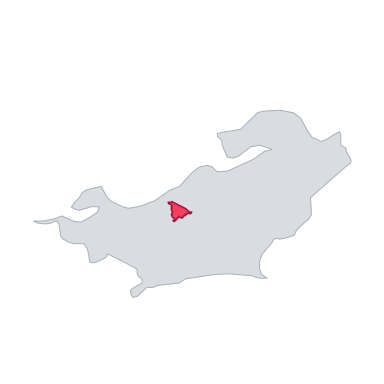 Dota, San José, Costa Rica shown in context, rotated 117°
{"feature_id": "36466004B86060640293430", "entity_name": "Dota", "entity_type": "district", "adm_level": 2, "iso_a3": "CRI", "parent_name": "Costa Rica", "parent_adm1": "San José", "projection": "robinson", "projection_center": [-83.888, 9.584], "detail": "fine", "context": "in_parent", "style": "filled", "palette": "rose", "viewbox_px": 384, "rotation_deg": 117, "n_neighbors": 0, "source": "geoboundaries", "source_scale": "gbopen_adm2", "svg_char_len": 4713}
<svg xmlns="http://www.w3.org/2000/svg" viewBox="0 0 384 384"><g transform="rotate(117 192 192)"><path d="M312.7,196.4L312.3,197.9L311.1,199.5L309.3,201.1L306.9,202.2L301.2,198.9L295.6,195.1L292.5,196.9L291.3,201.7L289.2,204.2L286.6,205.2L285.6,206.9L285.3,223.3L285.5,238.8L289.8,239.2L296.9,244.6L299.9,247.7L300.9,250.7L300.0,252.1L294.8,255.5L289.8,259.8L287.2,265.1L291.7,273.7L292.6,279.6L292.5,285.7L291.3,288.7L281.4,295.7L279.3,298.2L279.6,300.0L285.0,304.8L287.6,309.5L289.7,315.2L290.0,320.1L285.1,311.0L278.3,302.3L272.3,296.9L271.9,284.4L269.5,277.6L260.6,271.3L252.9,267.0L247.3,267.8L250.7,275.0L259.7,284.3L260.3,287.8L260.2,292.6L254.0,291.8L248.6,289.9L241.9,289.3L237.5,286.5L228.2,275.4L234.8,266.0L236.9,259.9L236.7,247.1L235.2,240.9L228.0,231.4L216.5,221.1L200.4,212.6L192.9,205.8L174.1,200.5L166.9,197.1L161.3,190.6L160.5,186.0L162.5,178.9L157.3,169.9L134.9,152.1L122.4,145.6L119.7,141.7L117.7,140.5L119.6,152.8L125.1,160.2L139.4,167.1L143.3,171.1L144.9,176.3L136.6,186.3L132.4,188.9L131.1,194.3L128.4,196.0L125.6,192.8L114.0,177.1L91.6,169.6L87.5,165.0L79.2,150.7L75.4,137.6L76.8,128.9L86.0,115.3L88.9,109.4L88.3,105.8L88.6,100.4L85.2,96.7L76.7,91.8L71.3,87.9L72.8,85.9L82.5,80.7L83.1,75.9L83.1,74.4L84.7,74.0L86.1,72.8L87.0,71.4L89.7,66.9L92.0,64.3L94.7,63.9L97.9,65.8L110.2,70.7L123.9,76.2L143.3,83.9L151.4,79.0L158.4,75.2L163.2,75.7L173.7,80.1L180.0,81.6L183.8,81.1L190.5,87.6L194.2,92.5L194.8,95.7L196.8,97.5L202.0,97.9L214.8,101.2L222.6,100.5L229.7,97.0L233.6,92.9L234.8,86.3L236.6,89.5L238.7,94.7L239.6,101.2L248.8,123.3L256.1,135.7L272.2,158.2L279.1,162.3L290.9,180.4L294.9,183.4L297.2,188.8L309.4,193.2L312.7,196.4Z" fill="#d9dde1" stroke="#a8b0b8" stroke-width="1"/><path d="M226.0,195.8L226.1,195.7L226.2,195.4L226.4,195.2L226.5,195.1L226.4,194.9L226.3,194.7L226.2,194.7L226.1,194.4L226.0,194.2L225.9,194.1L225.5,194.1L225.3,194.1L225.0,194.1L224.9,194.0L224.6,194.0L224.6,193.9L224.4,193.9L224.3,193.7L224.1,193.5L223.7,193.6L223.6,193.4L223.4,193.5L223.2,193.5L223.1,193.4L222.8,193.4L222.6,193.3L222.6,193.2L222.1,193.2L221.8,193.1L221.7,193.1L221.4,192.9L221.2,193.0L221.0,192.9L220.9,192.7L220.5,192.7L220.3,192.5L220.2,192.5L220.1,192.4L219.8,192.4L219.9,192.1L219.9,191.9L220.0,191.5L220.0,191.2L220.1,190.9L220.1,190.7L220.1,190.4L220.0,190.2L219.9,190.1L219.9,189.8L219.8,189.7L219.8,189.3L219.7,189.2L219.4,188.8L219.4,188.7L219.2,188.6L218.9,188.6L218.7,188.7L218.3,188.7L218.2,188.7L217.9,188.8L217.7,188.7L217.7,188.8L217.5,188.7L217.4,188.7L217.2,188.7L216.9,188.5L216.9,188.4L216.6,188.0L216.6,187.9L216.5,187.7L216.4,187.5L216.3,187.3L216.2,187.2L215.9,187.1L215.8,187.3L215.7,187.3L215.4,187.5L215.2,187.5L214.8,187.6L214.7,187.6L214.6,187.4L214.7,187.2L214.4,187.0L214.4,186.9L214.3,186.7L214.1,186.6L213.9,186.5L213.8,186.4L213.7,186.4L213.3,186.4L213.1,186.4L212.9,186.2L212.8,185.9L212.7,185.8L212.7,185.7L212.7,185.4L212.7,185.2L212.5,184.9L212.4,184.8L212.4,184.7L212.3,184.4L212.2,184.3L212.2,184.2L212.2,183.8L212.2,183.7L211.9,183.5L211.8,183.4L211.7,183.3L211.4,183.3L211.2,183.3L210.9,183.3L210.9,183.2L210.7,183.2L210.4,183.1L210.2,183.2L210.0,183.3L210.1,183.5L210.3,183.7L210.4,183.8L210.5,183.9L210.6,184.0L210.8,184.5L211.0,184.8L211.0,185.0L210.2,188.2L209.9,189.2L209.7,190.0L209.7,196.7L209.7,205.5L209.8,205.5L210.0,205.3L210.1,205.5L210.3,205.8L210.5,205.8L210.8,206.1L210.9,206.3L211.0,206.4L211.0,206.5L211.2,206.8L211.3,206.8L211.4,207.0L211.5,207.3L211.5,207.6L211.5,207.9L211.6,208.0L211.8,208.3L212.0,208.4L212.3,208.4L212.4,208.2L212.5,208.1L212.6,207.9L212.8,207.5L212.9,207.4L213.0,207.1L213.0,206.8L213.0,206.7L213.0,206.3L212.9,206.1L212.9,205.9L212.8,205.3L212.9,205.2L212.9,204.9L213.0,204.8L213.0,204.7L213.0,204.3L213.0,204.2L213.1,203.9L213.2,203.7L213.3,203.6L213.5,203.4L213.6,203.6L213.8,203.8L214.0,203.8L214.3,203.7L214.5,203.7L214.8,203.5L215.0,203.3L215.0,203.2L215.2,202.9L215.3,203.0L216.2,202.9L216.3,202.9L216.5,202.7L216.7,202.4L216.8,202.4L217.0,202.4L217.2,202.2L217.3,202.1L217.6,201.9L217.8,201.8L217.9,201.7L218.0,201.5L218.0,201.4L217.9,201.3L217.9,201.2L218.0,200.9L218.3,200.9L218.5,200.6L218.6,200.4L218.8,200.5L219.0,200.5L219.1,200.3L219.3,200.2L219.9,199.9L220.1,199.9L220.3,199.9L220.7,199.8L220.7,200.0L220.8,200.1L221.0,200.2L221.6,200.1L221.8,199.9L221.9,199.7L222.0,199.6L222.1,199.2L222.3,199.0L222.5,198.9L222.6,198.7L222.9,198.5L222.9,198.4L223.0,198.3L223.1,198.2L223.3,197.8L223.4,197.5L223.4,197.2L223.4,196.9L223.4,196.7L223.4,196.4L223.6,196.1L223.7,195.9L224.1,195.5L224.3,195.3L224.4,195.2L224.5,195.1L224.8,194.8L224.9,194.7L225.0,194.6L225.3,194.7L225.5,194.7L225.5,194.8L225.7,195.0L225.8,195.3L225.8,195.5L226.0,195.8Z" fill="#f43f5e" stroke="#9f1239" stroke-width="1.5"/></g></svg>